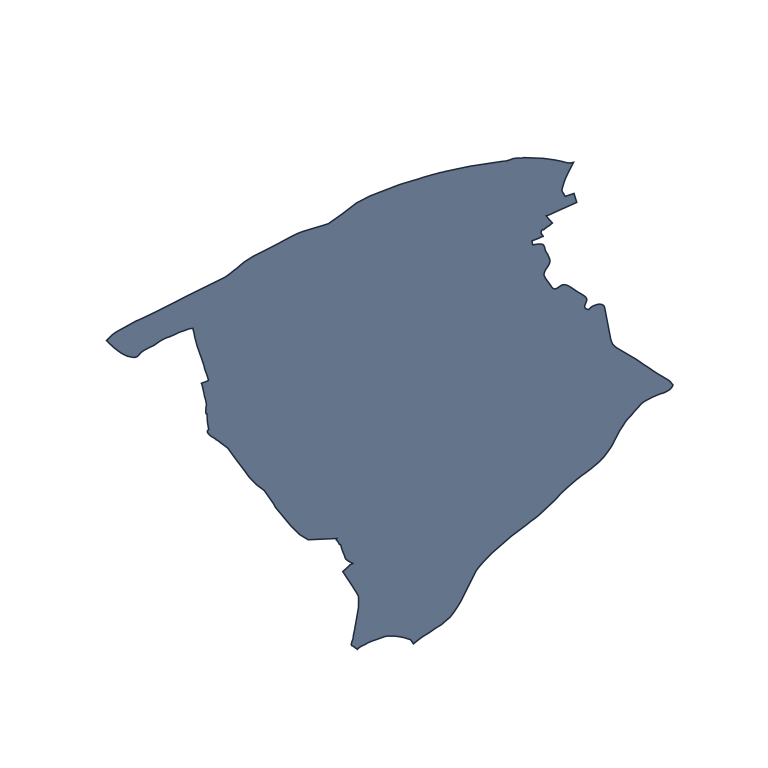 outline of Giong Trom, Bến Tre, Vietnam, rotated 105°
{"feature_id": "81297802B83890760772965", "entity_name": "Giong Trom", "entity_type": "district", "adm_level": 2, "iso_a3": "VNM", "parent_name": "Vietnam", "parent_adm1": "Bến Tre", "projection": "mercator", "projection_center": [106.467, 10.145], "detail": "fine", "context": "isolated", "style": "filled", "palette": "slate", "viewbox_px": 768, "rotation_deg": 105, "n_neighbors": 0, "source": "geoboundaries", "source_scale": "gbopen_adm2", "svg_char_len": 6123}
<svg xmlns="http://www.w3.org/2000/svg" viewBox="0 0 768 768"><g transform="rotate(105 384 384)"><path d="M627.4,288.3L625.7,287.1L621.9,284.3L618.0,281.2L612.3,275.8L606.3,270.8L601.8,266.4L597.6,263.6L592.3,259.9L586.1,257.3L579.5,255.1L574.4,253.6L540.4,246.6L536.0,244.8L529.9,241.8L525.2,239.2L519.1,235.8L497.9,221.5L483.5,210.2L478.8,206.8L474.2,203.0L469.8,199.9L460.4,194.1L452.2,189.0L449.1,187.3L444.5,185.1L436.7,180.2L434.5,178.7L429.0,175.0L427.1,173.7L423.7,171.1L421.1,169.2L418.3,166.8L415.9,164.9L412.3,162.1L409.7,160.3L405.3,157.2L402.8,155.6L397.3,152.6L390.7,150.0L386.9,148.6L384.0,147.7L380.6,147.0L373.7,145.5L372.8,145.3L367.9,144.2L362.1,142.2L358.3,141.1L354.5,139.5L350.6,137.2L345.6,135.0L341.9,133.0L336.3,130.2L333.5,128.0L331.2,125.6L327.4,121.5L323.0,115.9L322.3,115.0L320.6,112.1L319.7,110.8L317.7,108.7L316.2,107.2L315.0,106.3L313.9,105.7L312.7,105.2L311.9,104.8L311.0,104.7L309.8,104.8L309.2,106.1L307.7,107.9L307.3,108.7L306.5,110.6L306.2,111.8L305.0,116.0L303.2,122.5L301.5,127.7L299.4,133.5L297.7,139.1L296.5,142.1L295.8,144.1L294.5,147.9L293.9,150.3L289.0,168.0L288.2,170.2L286.9,172.5L286.1,173.7L284.0,175.3L281.6,176.8L257.2,188.6L253.7,190.3L252.3,191.1L251.3,192.1L250.8,194.4L251.1,196.8L251.8,198.3L253.8,201.4L255.5,203.3L256.9,204.3L259.1,205.5L259.2,207.5L258.9,208.9L258.1,209.8L257.3,210.2L256.5,210.4L255.6,210.3L254.3,210.1L253.1,210.0L252.0,209.9L251.1,209.8L250.1,209.9L249.5,210.1L249.0,210.5L248.4,211.1L247.7,211.9L247.0,213.5L246.5,214.9L246.1,216.4L245.5,218.5L245.4,219.0L244.5,222.0L243.4,225.1L242.3,228.2L241.7,230.5L241.3,232.2L241.2,233.7L241.4,235.7L241.9,237.1L242.4,237.8L243.6,239.0L245.8,240.8L247.1,242.1L247.7,242.9L247.9,243.6L248.0,244.6L248.0,245.1L247.8,245.6L247.4,246.4L246.7,247.5L245.8,248.3L244.0,250.5L241.7,253.4L240.4,255.0L238.7,256.6L237.8,257.3L237.2,257.7L236.6,257.9L235.7,257.9L234.6,257.9L233.1,257.8L231.0,257.2L228.6,256.3L227.0,255.8L225.5,255.5L223.9,255.3L222.5,255.5L221.0,255.9L219.3,257.1L217.6,258.5L216.1,259.6L215.7,260.2L214.9,261.2L214.5,261.6L213.9,262.1L213.1,262.7L212.2,263.3L211.6,263.6L211.3,263.7L210.4,264.2L208.7,265.6L208.1,266.7L208.1,268.1L208.8,271.1L210.3,274.6L211.0,275.9L211.1,276.1L211.0,276.4L209.9,277.0L207.4,278.1L203.5,272.6L202.0,270.9L201.7,270.6L201.3,270.1L200.7,269.3L200.4,268.5L200.2,268.4L199.6,268.9L198.8,270.1L198.0,270.9L197.1,271.4L196.5,271.6L195.8,271.6L194.8,271.3L194.4,271.2L194.0,270.9L193.8,270.4L193.8,270.0L193.6,269.6L193.2,269.3L192.5,269.0L191.4,268.1L189.9,266.9L188.7,265.7L188.3,265.4L184.9,263.0L181.3,268.6L179.5,270.8L179.4,270.6L178.4,269.0L177.6,267.9L175.9,265.8L172.1,261.3L165.4,253.0L158.7,244.8L150.7,249.8L152.1,251.8L154.3,255.2L155.9,257.6L155.2,258.2L153.9,259.5L152.7,260.8L152.0,261.5L150.9,262.3L150.2,262.4L146.7,262.4L144.8,262.3L141.4,262.2L137.5,261.7L132.5,260.8L120.8,258.3L122.0,260.5L122.6,262.6L123.0,265.9L122.9,269.1L123.2,274.4L123.3,276.4L124.8,288.6L128.2,303.4L129.1,307.6L130.3,309.7L130.9,312.7L131.6,314.7L132.9,317.7L135.1,320.7L137.2,324.3L138.3,327.4L151.1,356.7L157.0,368.5L159.7,373.7L162.9,380.0L164.3,382.4L165.4,384.8L167.4,388.0L169.0,391.0L171.5,395.1L174.3,399.8L177.2,404.1L179.6,408.1L182.9,413.4L185.9,418.3L188.1,421.7L205.9,446.1L216.3,457.5L230.3,468.2L236.6,473.4L241.3,477.4L243.2,478.8L244.1,480.1L247.9,486.1L250.1,489.7L254.5,496.8L257.4,501.5L260.9,506.4L265.8,512.0L276.9,523.8L287.5,535.5L294.4,543.3L302.2,550.5L305.7,553.0L310.8,556.4L312.2,557.7L317.0,561.1L321.7,564.9L324.8,568.4L327.6,571.6L332.4,577.1L340.9,586.8L351.3,598.6L357.8,605.7L373.6,623.4L385.2,637.0L387.1,639.6L394.9,647.7L403.2,656.3L406.8,659.2L413.8,663.3L416.0,659.6L418.9,654.1L420.8,649.6L422.2,645.8L422.9,643.0L423.4,640.0L423.6,639.0L423.2,633.0L422.9,631.7L422.4,630.7L421.7,629.8L420.3,628.7L416.4,626.8L413.5,624.4L409.3,619.9L407.3,617.4L405.9,615.9L402.5,613.1L400.5,611.4L397.1,607.8L395.8,606.2L394.3,604.1L394.2,603.8L394.2,603.5L393.9,603.3L393.6,603.0L390.5,599.0L387.3,595.5L384.5,591.2L381.6,587.2L380.8,585.7L379.6,582.9L381.6,582.2L382.4,581.5L384.2,580.6L387.4,579.1L389.3,578.0L394.0,575.3L395.3,574.6L402.8,569.5L406.0,567.2L410.1,564.5L412.8,562.7L414.2,562.0L416.2,560.9L420.0,558.2L425.5,554.6L425.9,554.5L426.5,555.1L428.0,556.9L429.7,559.4L430.6,560.6L431.1,560.1L432.0,559.5L434.7,558.1L439.2,555.7L442.7,554.0L443.8,553.3L445.1,552.5L447.3,551.3L449.1,550.6L449.6,550.3L449.9,550.1L450.5,550.0L452.3,550.0L455.7,549.3L457.1,548.9L457.8,548.8L458.5,548.4L458.8,548.1L458.7,547.8L458.7,547.2L460.5,546.6L465.1,545.2L466.9,544.5L470.9,542.7L472.6,541.8L473.1,541.5L473.8,542.0L474.7,542.3L475.4,542.4L476.1,542.2L476.9,541.5L477.5,540.7L478.1,539.8L478.8,538.6L478.9,538.4L479.4,537.1L479.7,536.0L480.1,534.4L480.9,532.0L481.2,531.9L481.2,531.7L481.5,530.5L482.0,529.0L482.1,528.7L483.1,526.6L483.9,524.5L485.1,521.4L485.9,519.5L486.5,518.1L493.8,509.2L504.4,495.6L508.5,490.6L509.9,488.5L514.3,481.0L517.9,472.1L528.1,459.9L531.2,457.0L545.3,437.1L551.3,426.5L554.1,416.9L552.4,411.5L545.4,389.4L546.9,389.8L547.3,389.1L548.0,388.0L548.9,387.0L550.1,386.0L550.5,385.5L550.5,385.1L550.4,384.3L551.1,383.9L551.8,383.5L553.3,382.7L556.1,380.8L558.0,379.4L559.7,378.0L559.7,377.9L561.1,377.2L562.1,376.5L563.0,375.6L564.1,373.2L564.7,371.1L565.0,369.9L565.3,367.7L565.9,368.2L566.5,368.8L567.4,370.0L567.7,370.3L568.6,370.6L570.8,372.0L573.5,373.7L575.8,375.3L580.9,369.7L583.2,367.0L585.6,364.3L587.3,362.4L590.5,359.0L591.6,357.7L594.7,354.6L595.5,353.8L596.1,353.6L598.4,352.9L606.6,350.8L607.2,350.7L607.6,350.7L611.2,350.4L617.8,349.8L623.6,349.3L626.3,349.1L630.3,348.7L631.7,348.7L634.8,348.5L636.4,348.3L637.0,348.1L637.3,348.0L637.7,348.0L639.0,348.1L640.9,348.3L642.5,348.3L643.9,348.3L644.7,348.0L645.0,347.4L645.1,347.0L645.1,346.5L645.4,345.5L646.1,344.0L646.5,343.0L646.8,341.9L647.0,341.3L647.2,341.1L646.3,340.6L645.4,340.0L643.2,338.1L641.4,335.9L640.8,335.1L638.2,332.6L636.8,330.8L635.3,328.9L632.6,324.8L627.9,318.1L626.4,315.0L626.0,312.8L625.0,309.5L624.3,305.2L623.8,299.2L624.0,295.3L624.1,292.3L624.5,291.7L627.4,288.3Z" fill="#64748b" stroke="#1e293b" stroke-width="1.5"/></g></svg>